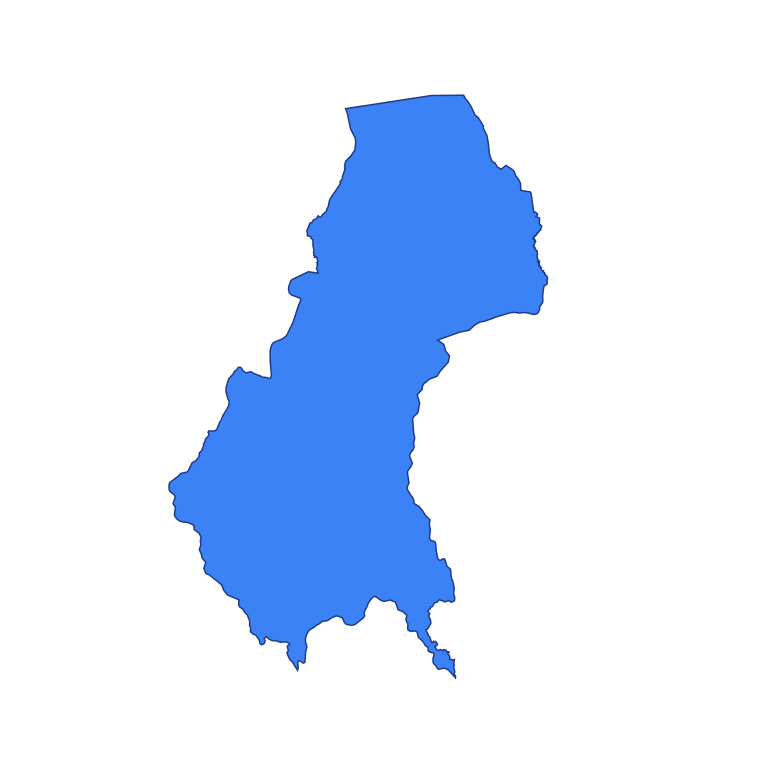 Laplae, Uttaradit, Thailand, rotated 200°
{"feature_id": "78962969B92512161501034", "entity_name": "Laplae", "entity_type": "district", "adm_level": 2, "iso_a3": "THA", "parent_name": "Thailand", "parent_adm1": "Uttaradit", "projection": "mercator", "projection_center": [99.982, 17.658], "detail": "fine", "context": "isolated", "style": "filled", "palette": "blue", "viewbox_px": 768, "rotation_deg": 200, "n_neighbors": 0, "source": "geoboundaries", "source_scale": "gbopen_adm2", "svg_char_len": 6156}
<svg xmlns="http://www.w3.org/2000/svg" viewBox="0 0 768 768"><g transform="rotate(200 384 384)"><path d="M216.4,132.3L216.8,134.0L219.2,135.4L218.9,137.5L221.6,141.8L221.8,143.8L222.7,144.7L223.6,149.2L225.2,147.9L226.6,148.5L227.7,147.5L228.3,147.7L229.0,150.4L229.8,151.3L232.0,152.3L231.1,154.2L231.9,154.4L233.6,153.8L234.8,155.1L237.0,154.9L237.3,153.4L239.5,153.8L240.4,153.6L241.5,152.2L243.7,152.3L246.5,154.9L244.9,156.2L244.9,158.1L247.6,159.7L248.3,158.9L249.5,159.1L250.2,157.3L251.0,157.4L254.7,162.2L256.2,162.5L257.0,163.9L260.8,167.3L259.4,168.6L258.1,175.1L259.9,178.6L262.7,181.3L262.4,183.7L265.0,185.5L264.6,187.6L263.7,188.6L264.0,190.2L262.4,191.5L261.7,195.7L259.6,197.1L258.1,200.3L255.6,200.1L254.1,200.6L252.9,199.8L248.7,202.6L245.8,202.0L243.7,204.4L244.3,207.2L246.9,210.9L248.2,216.3L252.6,223.2L254.2,224.4L258.1,232.7L262.4,234.2L267.1,240.3L268.9,239.8L270.9,237.4L273.3,237.7L277.7,244.9L281.2,252.2L282.6,253.4L286.3,253.0L287.7,253.8L288.8,255.6L290.6,262.7L293.7,268.3L294.3,272.0L300.6,275.0L303.5,277.4L309.4,281.0L314.9,282.0L316.4,285.2L318.6,287.3L321.3,289.0L326.6,293.4L327.0,295.5L326.7,299.6L331.9,309.1L331.8,311.2L330.7,314.6L330.2,319.1L335.5,325.3L335.5,328.6L334.3,331.7L334.2,335.1L335.9,338.5L336.7,343.8L339.7,348.7L345.2,361.1L344.8,363.7L342.8,367.5L342.4,369.0L344.0,378.3L349.1,385.1L346.4,392.1L347.2,395.5L346.7,397.7L343.0,404.1L336.9,409.4L335.5,415.6L331.1,426.5L332.1,432.8L337.5,436.2L341.4,441.7L348.6,443.6L330.8,458.5L322.5,463.5L318.7,470.8L315.1,474.9L309.8,478.3L302.0,485.0L289.7,494.2L285.5,496.1L281.1,496.9L276.5,499.2L272.5,500.1L267.7,500.4L264.7,502.0L263.6,503.5L263.3,507.4L264.2,509.9L262.9,514.4L262.9,515.7L264.9,520.6L266.7,527.9L267.1,530.8L265.0,533.5L265.5,536.0L266.4,536.8L266.4,539.0L267.5,540.8L269.5,541.6L270.4,541.5L270.4,542.7L271.4,543.6L273.2,543.8L273.1,544.8L273.6,544.5L275.6,545.4L276.0,545.8L275.9,546.6L276.6,546.5L276.4,547.3L277.4,548.0L278.5,548.0L278.3,548.5L279.1,548.7L279.1,549.6L280.0,549.7L280.2,550.8L279.5,550.8L279.6,551.8L280.5,551.6L280.6,552.2L281.3,552.0L280.7,553.1L282.8,554.1L283.1,555.4L284.0,556.0L284.2,558.5L285.7,561.5L287.4,561.9L287.6,562.6L288.5,562.8L288.5,563.6L290.4,564.3L290.3,564.9L290.7,565.0L290.3,565.4L290.7,566.3L290.4,568.3L290.8,568.8L290.4,569.3L291.4,569.4L291.5,570.3L291.0,570.5L292.4,571.8L293.2,571.4L292.9,572.1L293.5,572.1L293.2,572.8L293.7,573.1L293.4,574.4L292.7,574.5L293.0,575.2L292.2,575.4L291.6,576.2L291.8,578.2L290.8,578.7L291.1,579.2L290.4,580.3L290.6,581.0L289.5,582.3L290.0,582.9L289.6,583.7L289.9,586.4L292.8,587.5L294.6,593.2L298.6,593.2L297.6,595.5L297.9,596.2L300.4,597.3L302.2,596.9L310.7,612.9L312.2,614.5L321.5,612.7L324.5,619.4L327.8,622.4L331.6,624.9L334.4,628.2L337.2,629.6L344.1,631.1L347.4,625.9L352.0,626.8L355.0,629.5L357.9,630.0L359.2,630.8L363.2,635.5L368.1,645.5L372.2,652.6L378.1,658.3L379.3,660.8L386.3,666.4L390.3,667.8L397.5,674.9L402.4,678.6L404.9,679.8L407.9,682.6L438.1,671.3L514.3,629.6L511.5,626.5L502.8,612.5L495.0,605.1L493.2,601.3L491.4,593.9L493.1,587.1L496.2,580.2L495.7,575.7L495.4,574.8L494.6,574.3L494.6,573.2L494.1,573.2L494.0,565.3L493.2,562.0L494.0,560.8L494.4,558.3L493.3,557.8L497.7,540.9L498.0,537.8L497.1,531.8L497.5,529.1L497.2,526.5L499.4,522.7L500.6,518.9L501.3,518.7L503.1,519.5L503.7,519.2L503.7,517.2L504.6,515.6L506.6,513.9L506.8,511.0L508.5,510.2L509.0,501.6L508.0,500.4L506.7,497.1L503.2,497.4L502.1,495.8L500.2,495.3L498.0,489.6L495.3,485.4L495.3,483.5L494.0,481.8L493.9,480.8L492.9,480.8L492.6,479.2L491.1,480.3L489.9,479.7L489.7,478.7L488.1,476.7L488.7,474.9L487.4,474.5L487.6,472.7L486.9,471.9L487.0,469.7L483.7,465.6L493.5,463.6L505.9,451.0L506.9,449.1L506.8,442.7L506.1,440.3L504.2,437.3L501.2,436.0L492.5,436.0L491.4,435.3L490.9,434.2L491.2,428.8L490.6,411.2L492.0,396.8L492.9,394.6L495.0,391.6L502.1,385.1L502.9,382.0L502.6,377.5L502.1,375.5L498.3,365.6L493.1,354.5L492.5,351.0L494.0,349.8L497.0,349.9L500.4,348.8L503.3,349.3L509.4,349.3L513.5,350.0L517.3,347.3L521.1,348.1L523.3,350.2L524.7,350.6L526.6,349.8L527.5,346.4L528.9,344.9L529.3,341.6L531.7,335.7L531.3,327.2L529.9,322.8L528.8,321.2L525.2,316.2L523.5,314.7L522.6,310.8L523.0,306.8L524.6,299.4L524.6,294.2L525.3,292.2L525.6,284.2L527.2,281.8L532.7,279.9L532.8,278.5L531.3,276.9L531.2,275.1L532.9,271.1L532.6,268.6L533.0,266.3L532.4,263.9L532.6,259.0L533.9,256.3L533.0,252.1L534.9,247.0L537.4,244.3L538.3,235.2L539.1,233.8L544.2,230.6L546.1,226.5L551.6,218.3L551.5,215.6L549.9,211.4L548.3,209.7L543.4,208.2L541.9,206.9L541.5,205.7L541.4,199.8L540.8,198.9L537.8,197.0L536.3,189.5L534.9,187.9L532.2,186.2L528.9,185.3L525.4,185.6L521.7,186.8L515.6,186.5L513.9,185.3L512.5,182.3L506.9,180.7L503.5,177.4L502.9,173.6L501.1,170.4L500.9,165.2L497.6,161.8L495.3,158.2L490.5,155.4L490.2,149.1L486.7,145.1L482.9,144.9L467.8,139.7L464.1,135.4L458.9,132.2L446.5,131.6L445.4,127.5L443.6,125.2L439.0,124.0L437.8,122.3L433.4,120.2L430.7,117.1L428.9,114.8L427.7,111.0L425.9,109.3L424.8,105.6L421.8,104.3L418.4,104.1L413.6,100.6L412.0,98.0L411.0,97.3L409.3,97.4L407.8,99.4L407.7,101.7L409.5,103.7L408.2,106.4L405.0,105.0L401.3,104.6L397.3,105.8L392.8,105.9L388.1,108.2L384.3,107.9L383.6,106.6L385.0,105.1L385.1,104.1L382.6,100.7L383.3,98.7L382.9,97.5L378.0,92.6L375.8,92.0L367.3,85.4L367.5,88.0L369.6,92.1L369.8,94.4L368.4,95.1L364.1,94.1L363.2,95.4L366.1,105.9L366.6,110.7L369.6,115.0L370.9,118.2L371.0,122.8L370.2,126.9L366.1,132.1L365.1,134.2L363.2,136.0L360.7,140.0L356.4,142.1L352.8,146.9L349.4,149.8L347.0,150.3L343.0,149.9L339.6,146.4L337.3,145.3L332.1,146.1L329.1,147.9L324.0,156.2L323.0,158.6L323.0,159.9L324.7,162.7L323.7,169.4L323.9,172.7L322.1,178.7L320.9,180.8L320.1,181.2L317.8,181.1L313.8,179.8L310.5,179.6L308.7,180.3L304.4,183.1L298.9,182.9L297.5,181.7L293.6,176.7L288.2,176.5L283.4,174.5L282.8,170.1L281.9,168.7L279.6,166.9L277.9,161.9L277.1,161.0L275.1,160.6L270.5,162.4L268.6,162.4L267.6,161.6L265.2,157.8L259.1,155.2L255.5,152.2L252.5,151.6L251.1,148.2L249.0,147.8L245.8,148.1L244.6,147.7L244.0,142.5L242.8,139.4L241.3,138.0L239.3,137.4L236.7,135.1L235.1,134.6L230.7,137.4L227.2,137.6L224.6,136.8L216.4,132.3Z" fill="#3b82f6" stroke="#1e3a8a" stroke-width="1.5"/></g></svg>